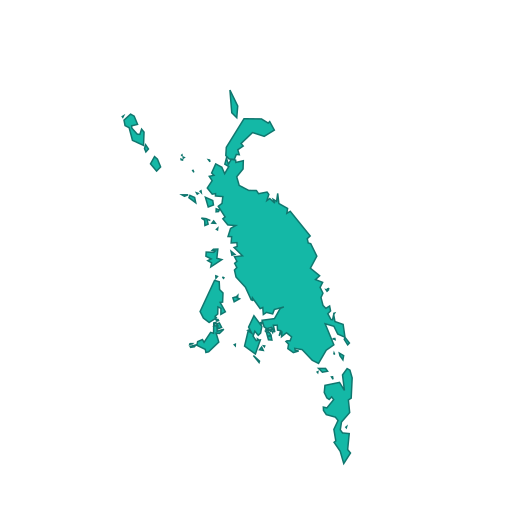 outline of Maluku Tenggara Barat, Maluku, Indonesia, rotated 304°
{"feature_id": "22746128B78864950196660", "entity_name": "Maluku Tenggara Barat", "entity_type": "district", "adm_level": 2, "iso_a3": "IDN", "parent_name": "Indonesia", "parent_adm1": "Maluku", "projection": "robinson", "projection_center": [131.235, -7.5], "detail": "fine", "context": "isolated", "style": "filled", "palette": "teal", "viewbox_px": 512, "rotation_deg": 304, "n_neighbors": 0, "source": "geoboundaries", "source_scale": "gbopen_adm2", "svg_char_len": 6214}
<svg xmlns="http://www.w3.org/2000/svg" viewBox="0 0 512 512"><g transform="rotate(304 256 256)"><path d="M309.8,171.1L300.0,172.8L299.4,176.0L295.9,172.7L293.9,177.5L285.1,177.6L282.8,185.1L285.1,187.6L283.1,188.8L286.7,195.3L280.6,198.4L276.1,196.9L271.1,208.5L268.3,207.7L266.0,215.3L269.9,222.1L264.6,219.5L256.5,221.9L258.4,225.0L252.9,228.1L256.4,232.7L253.4,235.1L250.8,233.1L248.6,244.7L243.4,238.6L240.9,243.2L238.0,242.4L235.7,246.6L232.3,246.0L227.4,251.2L224.2,264.7L217.0,276.5L217.5,278.7L217.9,277.3L219.3,276.5L214.7,288.9L217.1,290.4L211.6,294.8L215.1,296.2L217.3,302.2L221.9,301.1L229.4,307.6L226.2,305.4L214.4,306.3L206.1,297.0L201.8,302.3L201.8,310.9L202.7,306.3L205.6,308.8L203.4,314.2L208.3,309.1L210.5,312.3L206.6,315.3L207.9,318.2L202.8,319.8L208.0,319.7L203.4,322.3L209.4,324.2L208.9,330.7L204.8,331.7L203.0,329.1L201.9,328.6L201.1,332.3L197.0,334.2L196.8,341.0L201.1,344.5L199.7,341.2L201.1,339.8L204.2,346.6L201.0,360.9L201.9,367.9L217.2,366.9L225.9,370.2L238.5,351.2L241.3,359.9L237.0,367.4L238.4,375.2L248.0,366.5L245.8,358.1L250.8,353.2L246.0,355.1L245.2,353.7L248.3,347.8L252.2,348.5L255.7,345.0L251.7,343.2L252.5,339.2L257.9,333.1L262.6,332.3L265.8,326.7L271.4,326.0L269.7,318.5L275.2,319.8L276.3,307.9L289.9,306.5L296.8,294.5L296.0,292.0L299.0,288.8L302.9,289.7L312.2,259.4L308.6,257.7L313.1,255.6L312.3,245.6L320.0,239.0L312.8,242.5L312.6,238.6L310.3,242.0L311.3,235.3L308.0,234.0L314.2,232.2L315.2,229.4L309.1,223.3L310.5,219.7L306.3,213.3L305.1,202.6L310.9,195.7L320.9,196.6L327.9,192.2L322.3,187.0L324.1,185.5L322.3,181.5L316.6,181.7L320.7,176.7L314.7,178.8L314.9,183.4L306.7,184.0L310.5,178.0L309.8,171.1ZM187.3,385.5L181.0,388.9L178.0,394.1L178.0,396.9L181.5,397.5L180.4,400.7L169.7,399.7L168.4,396.3L165.7,398.3L163.8,403.0L166.8,411.9L165.5,416.0L155.8,417.5L147.3,425.6L145.2,424.9L141.2,435.0L133.0,444.8L145.5,444.5L146.8,440.2L160.9,432.6L157.7,426.7L159.0,423.1L166.2,419.7L178.6,421.2L188.3,413.1L191.4,414.4L208.7,403.9L213.9,397.7L213.6,394.5L205.8,394.2L194.0,404.5L197.9,395.9L187.3,385.5ZM363.1,169.3L329.5,170.6L322.4,174.8L321.4,179.5L324.0,184.0L329.2,182.9L330.6,185.5L333.9,181.5L340.0,183.9L340.9,180.7L356.4,184.1L359.8,195.9L370.6,200.8L375.1,192.2L373.0,191.8L372.7,183.9L363.1,169.3ZM212.6,235.3L178.7,240.7L175.1,247.1L174.7,254.3L181.6,257.4L182.8,256.0L183.4,255.8L186.5,256.7L192.5,252.9L193.0,256.2L188.0,259.5L192.6,261.8L197.5,252.2L199.1,254.1L206.9,249.3L207.8,244.6L214.1,239.9L212.6,235.3ZM205.3,287.7L192.9,289.6L189.6,295.7L189.5,291.4L174.9,296.9L174.4,310.3L188.8,306.5L185.9,303.5L187.9,298.4L193.0,297.1L191.5,302.2L194.7,302.9L200.9,300.2L205.3,287.7ZM152.4,255.5L148.9,256.9L150.2,266.2L148.0,268.4L150.1,270.3L163.8,273.3L169.7,266.1L171.3,269.0L177.3,270.3L171.9,265.9L176.3,262.6L174.4,260.1L178.6,259.9L176.9,258.4L168.2,264.0L167.3,261.1L155.4,261.2L156.8,258.3L152.4,255.5ZM294.8,70.6L290.9,74.5L291.4,79.1L282.8,88.9L284.8,100.9L296.1,93.9L297.2,90.2L291.9,91.7L290.6,89.5L292.6,81.5L294.4,80.1L298.9,84.2L303.8,76.8L303.5,72.7L294.8,70.6ZM231.4,212.5L227.8,214.6L228.5,220.5L225.2,218.6L225.5,223.0L221.7,224.6L233.9,229.7L232.2,224.8L240.4,220.5L237.8,216.9L236.1,216.5L237.5,219.5L235.4,219.0L231.4,212.5ZM370.1,157.0L379.0,141.6L361.2,155.8L359.9,162.7L370.1,157.0ZM281.7,116.3L273.4,117.0L270.8,126.1L276.5,127.1L281.2,120.1L281.7,116.3ZM277.8,189.1L276.4,181.2L269.9,189.0L274.5,192.2L277.8,189.1ZM269.3,167.3L266.8,167.8L266.4,176.3L270.2,172.4L269.3,167.3ZM197.8,370.7L196.8,376.0L200.5,379.8L201.7,376.5L197.8,370.7ZM208.4,260.2L205.8,263.5L211.3,266.3L210.5,261.8L208.4,260.2ZM259.0,193.6L256.9,189.5L256.9,193.4L252.7,196.6L255.6,198.5L259.0,194.9L259.9,198.3L259.0,193.6ZM198.8,307.0L193.5,313.2L195.2,316.2L198.0,313.4L196.3,310.9L198.9,312.6L200.0,310.1L198.8,307.0ZM177.5,261.1L177.0,263.4L174.1,265.0L177.6,267.4L180.0,263.1L177.5,261.1ZM222.1,379.4L220.2,381.4L218.5,386.1L222.4,384.4L222.1,379.4ZM286.5,102.3L282.7,103.5L280.7,106.5L284.6,107.0L286.5,102.3ZM268.8,165.5L265.3,160.4L265.5,163.3L268.8,165.5ZM246.0,232.7L243.2,235.6L245.5,237.6L246.0,232.7ZM236.1,382.1L238.3,375.3L236.2,375.8L233.6,381.7L236.1,382.1ZM183.7,311.6L180.2,311.3L181.8,314.8L183.7,311.6ZM272.9,196.6L270.3,198.2L271.9,200.1L273.6,199.8L272.9,196.6ZM170.8,317.7L172.0,309.5L169.4,318.1L170.8,317.7ZM148.7,255.9L144.2,252.0L143.7,252.9L146.3,255.7L148.7,255.9ZM215.2,235.2L217.5,235.5L217.1,233.8L215.2,235.2ZM267.2,332.9L266.5,334.6L267.9,334.9L267.2,332.9ZM261.4,201.3L258.6,201.1L260.4,204.1L261.4,201.3ZM213.2,262.9L210.9,262.5L211.9,263.6L213.2,262.9ZM180.8,258.1L180.4,260.1L181.5,261.1L182.1,260.0L180.8,258.1ZM196.9,388.8L198.7,387.0L198.0,386.2L196.9,388.8ZM191.3,291.9L190.0,291.0L190.3,292.3L191.3,291.9ZM257.7,208.7L256.0,208.3L256.1,209.5L257.7,208.7ZM294.7,142.1L294.4,139.7L293.9,140.1L294.7,142.1ZM231.7,367.5L230.3,365.8L230.9,368.3L231.7,367.5ZM220.0,241.6L219.9,239.9L219.3,241.5L220.0,241.6ZM275.6,173.1L275.1,171.3L274.4,172.7L275.6,173.1ZM270.1,334.7L268.9,333.8L268.7,334.5L270.1,334.7ZM296.5,68.0L298.1,67.8L296.8,67.2L296.5,68.0ZM170.0,289.0L171.3,288.2L170.3,287.6L170.0,289.0ZM198.9,306.0L200.4,306.4L199.0,305.7L198.9,306.0ZM279.3,173.9L278.4,173.5L278.0,175.1L279.3,173.9ZM309.6,163.8L309.2,162.8L308.4,165.2L309.6,163.8ZM186.3,313.5L185.8,312.5L185.4,313.7L186.3,313.5ZM203.2,298.3L204.3,297.7L203.5,297.2L203.2,298.3ZM182.7,257.6L182.9,256.2L182.2,257.5L182.7,257.6ZM165.3,426.5L164.3,426.2L164.1,426.9L165.3,426.5ZM296.5,141.0L297.5,141.4L297.3,140.3L296.5,141.0ZM203.0,312.4L202.3,311.7L201.8,312.7L203.0,312.4ZM200.3,306.1L201.4,305.7L200.7,305.2L200.3,306.1ZM188.1,303.5L187.4,304.1L188.1,304.6L188.1,303.5ZM297.7,138.8L298.4,138.1L298.0,138.0L297.7,138.8ZM203.6,310.7L203.8,308.7L203.3,310.6L203.6,310.7ZM290.6,157.7L291.8,155.9L291.5,155.7L290.6,157.7ZM200.5,307.9L201.0,307.6L201.3,306.4L200.5,307.9ZM146.5,250.4L145.9,250.3L145.7,250.4L146.7,250.7L147.1,252.1L147.8,252.3L146.5,250.4ZM200.8,308.9L201.7,307.7L201.2,307.4L200.8,308.9ZM219.2,375.0L218.5,375.3L218.4,376.3L219.2,375.0ZM194.7,372.0L194.0,371.6L193.8,372.4L194.7,372.0ZM252.6,353.1L252.0,352.6L251.0,353.2L252.6,353.1ZM146.5,250.8L145.2,250.9L146.5,250.9L146.5,250.8Z" fill="#14b8a6" stroke="#0f766e" stroke-width="1.5"/></g></svg>